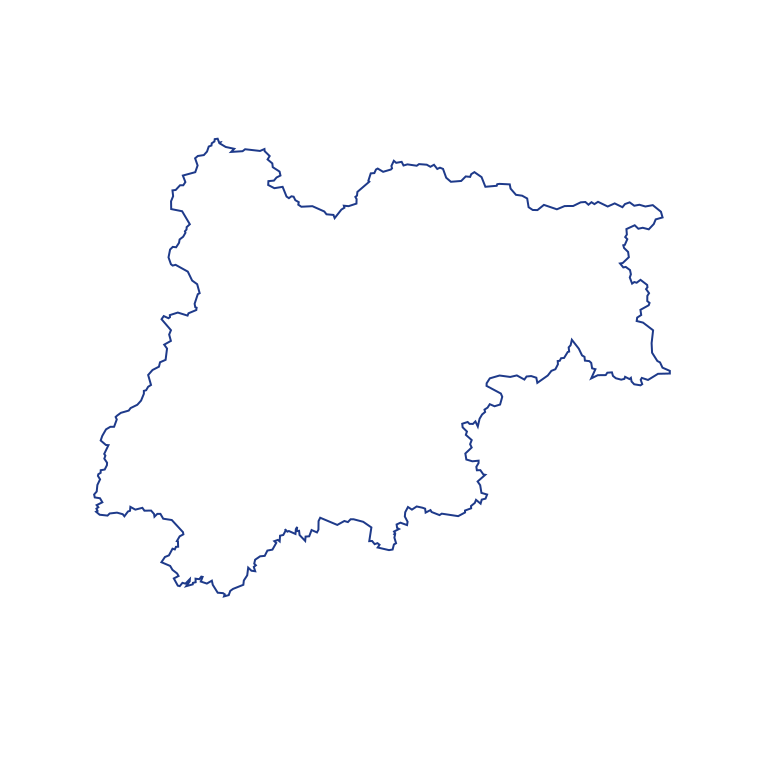 outline of Trentino-Alto Adige, Bozen, Italy, rotated 20°
{"feature_id": "23120603B10307341449000", "entity_name": "Trentino-Alto Adige", "entity_type": "district", "adm_level": 2, "iso_a3": "ITA", "parent_name": "Italy", "parent_adm1": "Bozen", "projection": "mercator", "projection_center": [11.286, 46.382], "detail": "fine", "context": "isolated", "style": "outline", "palette": "blue", "viewbox_px": 768, "rotation_deg": 20, "n_neighbors": 0, "source": "geoboundaries", "source_scale": "gbopen_adm2", "svg_char_len": 6165}
<svg xmlns="http://www.w3.org/2000/svg" viewBox="0 0 768 768"><g transform="rotate(20 384 384)"><path d="M231.1,584.4L245.8,592.0L246.9,593.9L244.1,597.0L243.1,602.5L244.2,602.4L246.2,607.3L244.2,608.2L244.0,611.0L241.6,611.1L240.5,618.6L237.3,621.5L235.8,627.6L245.3,628.1L248.8,631.0L254.4,632.8L256.6,634.7L253.0,638.6L259.2,644.0L261.2,643.8L262.6,639.8L265.7,639.5L268.3,633.7L268.9,635.9L267.3,641.6L272.8,637.7L272.5,636.2L274.8,634.7L273.5,631.4L277.2,630.6L278.2,627.5L279.5,627.3L279.4,632.3L285.8,632.1L289.5,627.7L291.8,631.3L299.1,637.0L304.2,635.6L306.3,636.1L306.3,638.3L310.3,635.5L310.3,631.0L312.2,628.2L320.5,620.8L319.5,616.6L320.9,610.6L319.2,603.0L323.3,604.8L327.0,604.0L324.2,600.4L325.6,598.2L323.5,597.2L323.0,593.2L326.5,588.3L330.7,586.3L331.4,580.4L335.8,577.8L337.1,570.2L334.7,569.2L337.6,566.8L339.8,567.6L338.2,562.1L341.0,560.3L341.7,555.4L340.6,554.3L343.7,555.8L344.9,554.7L352.1,555.2L350.8,550.5L351.3,548.0L352.3,552.1L354.4,551.0L356.3,554.8L363.6,558.4L362.5,554.2L365.8,552.7L365.9,546.0L371.8,546.4L372.2,543.3L369.4,535.2L369.8,531.5L388.3,532.4L393.6,526.3L397.3,526.1L398.9,522.5L401.8,521.5L411.6,520.6L421.2,523.1L423.9,536.7L426.5,535.6L430.0,537.7L432.3,535.8L434.8,536.6L434.0,539.8L445.5,538.4L448.7,536.6L448.2,531.4L449.8,529.5L446.3,524.8L445.9,521.8L445.0,521.6L445.5,520.4L443.9,519.2L447.7,515.1L445.5,514.7L443.9,511.7L446.9,508.7L453.9,508.7L453.3,505.4L448.9,501.4L447.8,497.2L448.6,491.4L453.2,492.5L456.6,487.9L462.5,487.1L465.3,487.1L467.1,490.6L470.8,486.6L472.5,488.0L481.0,488.2L482.6,486.1L498.9,482.8L504.1,477.0L503.4,475.2L508.4,471.0L507.5,468.9L510.0,464.7L510.1,461.4L515.7,463.4L515.4,459.2L518.6,457.0L518.7,452.6L512.8,453.0L509.0,446.2L505.3,443.6L510.2,434.7L508.3,435.0L504.0,432.0L500.8,433.3L499.1,430.3L499.9,426.0L499.1,423.7L493.5,426.4L487.2,426.8L484.2,421.5L488.1,413.7L485.5,411.1L485.6,406.7L478.3,403.8L478.2,400.3L472.7,397.8L471.1,394.6L475.6,391.1L478.0,392.2L481.2,391.1L482.7,387.9L486.7,391.9L485.7,384.0L486.6,379.1L488.6,375.7L487.2,373.7L489.4,370.8L490.3,366.8L495.5,367.1L500.1,363.6L499.5,355.6L497.1,353.0L481.0,350.7L480.2,348.2L481.5,342.5L489.7,336.5L500.2,334.2L505.9,330.5L514.4,331.8L515.4,328.2L519.6,326.2L525.0,326.0L527.7,330.5L535.0,320.0L536.8,314.4L540.0,311.5L540.7,306.0L539.4,303.0L541.2,302.1L541.6,299.2L544.3,297.9L545.7,291.1L546.9,290.2L545.0,286.4L546.1,283.8L545.4,278.2L555.0,284.2L560.3,289.4L563.1,289.9L564.8,293.3L569.1,292.3L571.5,293.3L574.2,298.1L577.6,297.8L576.8,307.9L581.9,302.6L589.3,299.8L590.0,297.0L594.2,295.1L596.4,298.1L599.9,299.3L605.4,298.8L608.1,297.0L608.1,294.8L613.0,295.4L613.9,293.8L615.8,297.0L619.2,298.7L625.5,297.5L626.7,295.8L623.8,292.3L624.2,290.1L630.7,289.9L638.0,280.7L649.0,276.4L648.1,273.9L640.1,273.4L636.0,269.3L633.0,268.9L625.2,262.9L621.5,254.1L618.5,241.5L606.4,237.7L599.9,238.4L599.2,235.0L602.1,231.2L599.6,226.6L605.8,219.5L605.8,217.0L603.0,216.0L601.3,211.1L602.0,208.0L597.8,205.2L598.5,203.0L597.4,200.9L589.4,198.4L586.8,202.4L584.3,202.6L582.8,204.8L578.5,199.8L578.5,196.5L576.2,192.8L571.1,191.3L569.0,192.6L564.6,190.0L566.9,188.7L570.7,181.1L568.2,176.4L563.1,174.1L561.4,171.8L562.7,170.9L563.1,164.7L560.4,163.4L561.1,160.5L558.8,155.5L565.3,149.1L569.9,151.1L573.7,148.7L579.9,148.1L582.8,141.4L583.0,136.4L588.8,132.2L585.3,127.4L575.4,124.0L568.9,127.8L562.7,128.2L558.2,130.9L552.7,129.3L548.9,132.5L547.6,136.3L539.0,135.4L533.5,140.7L522.8,139.6L520.2,143.0L516.8,142.2L514.8,145.6L511.0,144.1L506.7,146.0L500.9,152.0L492.9,155.0L486.7,160.7L473.0,161.0L468.7,168.1L464.2,169.6L459.4,168.4L455.1,160.7L449.4,159.8L443.3,161.1L436.1,157.1L433.9,153.4L424.2,156.4L422.1,157.5L422.1,159.2L411.8,164.0L404.9,156.2L396.5,154.0L394.2,157.0L394.1,159.9L389.8,161.0L387.1,166.8L377.7,171.1L371.9,168.9L365.9,161.7L362.6,161.6L360.5,163.7L356.0,160.9L353.3,164.0L349.2,163.3L341.7,165.4L340.1,167.7L330.9,169.6L327.6,172.0L324.6,169.2L319.8,172.0L316.9,170.9L316.4,176.6L317.8,178.6L317.1,180.1L310.6,184.9L304.4,183.7L303.1,185.2L302.8,189.1L299.5,190.6L299.8,198.4L301.0,198.9L293.3,212.6L294.2,216.2L293.1,218.0L295.0,219.6L296.4,223.9L289.9,229.0L285.3,230.2L286.5,231.9L284.3,234.7L280.9,245.0L278.7,242.4L271.9,244.2L268.9,242.3L255.9,241.4L245.7,245.7L242.1,244.8L241.7,242.3L237.8,241.6L235.0,238.9L232.8,239.3L231.1,241.9L228.3,241.2L221.3,233.4L214.0,237.5L207.1,236.6L206.0,232.9L211.0,230.5L212.4,226.7L215.4,223.5L213.2,220.1L205.3,218.3L203.6,214.9L197.8,212.8L198.6,208.9L192.2,206.0L191.3,204.1L187.8,207.4L173.2,210.9L171.5,213.6L161.0,218.2L162.8,214.2L154.2,215.4L147.4,214.1L147.7,212.9L146.6,213.6L143.8,210.4L141.2,211.8L141.7,214.1L139.8,216.7L140.3,218.9L138.1,220.8L138.2,226.1L136.4,230.5L131.1,233.4L129.3,236.5L134.1,242.4L134.2,249.5L123.7,256.9L128.3,262.2L127.4,265.9L124.4,267.0L121.9,272.9L119.0,274.4L121.6,279.6L121.4,285.1L124.2,292.4L135.2,290.7L146.9,300.3L144.9,304.1L145.6,306.4L144.7,308.6L145.7,309.8L144.9,314.3L142.5,318.1L143.1,321.4L141.9,326.6L138.6,327.4L137.0,330.8L138.2,338.7L142.8,344.3L144.9,345.0L147.4,343.3L161.2,345.5L168.3,352.4L174.3,354.1L179.7,361.7L178.3,363.3L178.6,373.4L180.4,376.4L181.8,376.4L182.3,378.7L176.1,384.4L176.0,386.9L165.8,387.4L159.2,392.5L160.0,394.4L159.0,395.9L153.8,395.5L152.8,399.2L165.4,406.3L165.2,411.0L169.0,416.4L164.0,422.2L168.0,424.9L170.5,436.0L166.1,440.2L166.6,444.7L161.7,450.0L159.3,456.2L165.4,464.6L163.3,467.3L162.6,471.2L160.7,472.6L161.7,475.3L161.4,482.7L159.3,487.9L154.1,493.3L153.2,496.3L146.6,501.1L144.0,505.0L143.1,506.8L145.0,508.7L145.0,516.5L141.5,517.8L138.3,521.7L137.0,529.1L137.1,534.0L143.5,536.4L146.0,535.7L145.0,545.4L146.7,546.6L146.7,549.8L150.7,552.7L151.4,555.1L150.8,559.9L147.3,561.9L148.1,564.4L146.4,566.5L146.6,568.2L149.8,570.7L149.2,576.9L150.8,583.3L149.4,587.0L151.0,589.5L156.2,588.5L159.8,591.5L155.4,596.1L157.7,597.5L156.4,599.5L158.2,601.2L157.1,602.5L161.5,604.1L169.2,602.2L170.5,599.5L177.1,596.2L183.0,595.7L185.3,597.1L187.0,591.4L188.7,590.0L187.7,586.2L193.3,587.1L199.3,583.0L202.2,585.0L208.4,582.6L212.4,584.8L213.7,587.2L215.4,583.6L218.3,582.5L222.6,586.1L231.1,584.4Z" fill="none" stroke="#1e3a8a" stroke-width="2"/></g></svg>